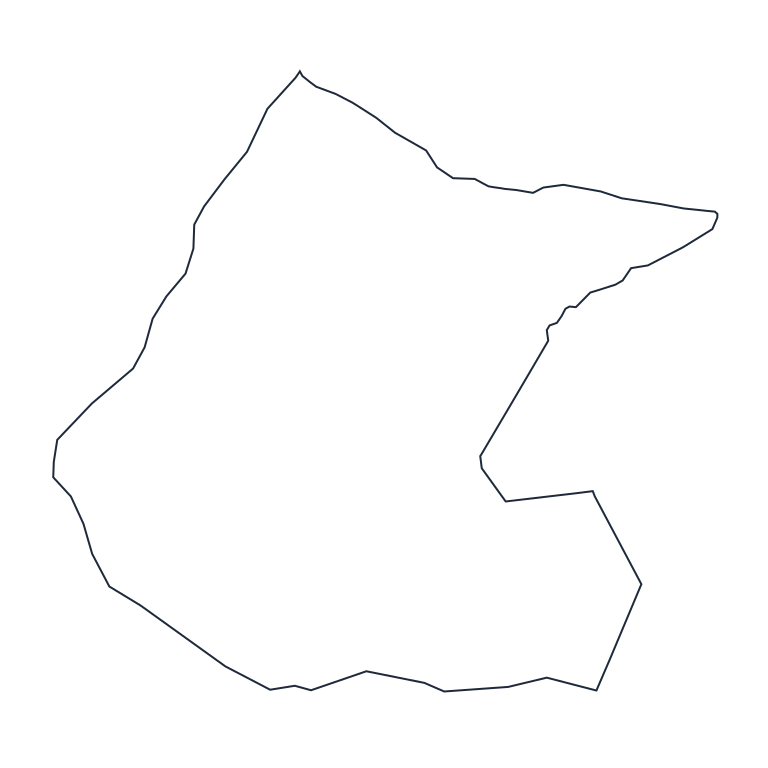 the district of Tawila, North Darfur, Sudan, rotated 182°
{"feature_id": "16777658B31979964775583", "entity_name": "Tawila", "entity_type": "district", "adm_level": 2, "iso_a3": "SDN", "parent_name": "Sudan", "parent_adm1": "North Darfur", "projection": "robinson", "projection_center": [24.702, 13.314], "detail": "fine", "context": "isolated", "style": "outline", "palette": "slate", "viewbox_px": 768, "rotation_deg": 182, "n_neighbors": 0, "source": "geoboundaries", "source_scale": "gbopen_adm2", "svg_char_len": 1908}
<svg xmlns="http://www.w3.org/2000/svg" viewBox="0 0 768 768"><g transform="rotate(182 384 384)"><path d="M161.0,85.1L154.0,103.1L149.0,115.9L119.8,192.9L169.5,279.2L171.6,284.2L172.3,284.1L184.0,282.2L189.7,281.3L220.6,276.6L255.4,271.3L257.7,270.9L258.3,270.9L258.5,271.1L283.2,303.0L283.4,303.4L285.3,315.3L284.6,316.4L268.1,346.7L252.6,375.2L237.5,403.1L221.8,432.2L221.4,433.1L221.6,434.3L223.1,443.0L223.2,443.5L223.0,443.9L220.6,448.2L220.4,448.4L213.6,451.0L213.3,451.2L208.8,458.2L205.7,464.7L205.2,465.6L204.5,466.0L201.8,467.6L201.3,467.9L195.1,467.5L194.9,467.5L194.6,467.8L181.3,482.3L180.9,482.7L180.7,482.7L173.4,485.2L156.1,491.4L149.1,495.8L141.1,508.4L124.5,511.7L90.1,531.0L61.2,550.3L56.7,561.8L56.7,564.5L56.8,565.7L59.4,567.8L66.0,568.2L67.5,568.3L75.9,568.9L90.7,569.9L113.6,573.4L153.0,577.9L174.5,584.1L174.9,584.1L209.9,589.1L211.4,589.3L211.7,589.3L231.0,586.0L231.8,585.8L232.5,585.4L239.8,581.3L241.8,580.2L242.2,580.3L258.7,582.5L258.9,582.5L269.9,583.2L271.1,583.3L271.4,583.4L273.7,583.7L281.2,584.5L286.4,585.2L286.8,585.4L287.7,585.8L290.6,587.2L300.1,591.9L300.4,592.1L300.7,592.1L321.9,592.1L322.2,592.1L322.4,592.2L337.7,601.8L338.5,602.3L338.8,602.7L349.8,618.5L350.1,618.9L350.5,619.1L380.8,635.0L381.5,635.3L382.0,635.7L393.8,644.4L400.8,649.6L421.4,661.8L424.9,663.8L425.2,664.0L425.6,664.2L442.7,672.3L452.4,675.5L461.7,678.6L462.3,678.8L462.5,679.0L468.3,683.0L476.1,688.8L476.3,689.0L479.0,693.5L479.1,693.3L480.6,690.9L483.1,687.0L510.1,655.0L529.0,611.3L550.6,582.9L570.0,555.2L579.2,536.7L579.2,512.7L586.2,487.4L604.5,464.0L617.5,441.2L624.5,412.3L635.3,390.7L675.2,354.4L708.6,316.8L711.3,294.6L711.3,279.2L693.0,260.7L679.4,233.6L675.2,220.7L669.7,204.0L651.4,172.0L619.5,154.1L532.6,96.2L487.1,74.5L462.6,79.3L446.2,75.4L391.6,96.3L333.2,86.7L313.1,78.8L249.3,85.6L211.1,96.2L161.1,85.1L161.0,85.1Z" fill="none" stroke="#1e293b" stroke-width="2"/></g></svg>